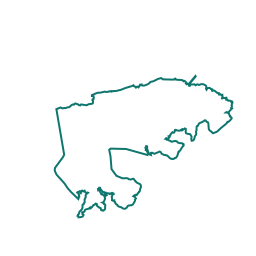 outline of Fanif, Federated States of Micronesia, rotated 49°
{"feature_id": "79324940B88858920972167", "entity_name": "Fanif", "entity_type": "district", "adm_level": 2, "iso_a3": "FSM", "parent_name": "Federated States of Micronesia", "parent_adm1": "", "projection": "robinson", "projection_center": [138.125, 9.563], "detail": "fine", "context": "isolated", "style": "outline", "palette": "teal", "viewbox_px": 256, "rotation_deg": 49, "n_neighbors": 0, "source": "geoboundaries", "source_scale": "gbopen_adm2", "svg_char_len": 5927}
<svg xmlns="http://www.w3.org/2000/svg" viewBox="0 0 256 256"><g transform="rotate(49 128 128)"><path d="M161.0,131.1L160.7,130.9L160.8,130.1L160.6,129.4L157.1,128.8L156.4,129.1L156.1,128.4L155.2,128.3L154.1,127.5L154.2,126.8L153.6,126.1L154.0,125.7L154.7,125.8L156.4,127.3L160.5,128.9L161.7,129.1L163.1,128.6L163.4,128.4L162.0,127.7L161.8,127.1L162.4,126.6L162.4,126.1L164.8,125.0L166.6,119.5L167.8,119.1L169.5,119.5L170.4,119.1L171.9,118.5L172.7,117.9L172.8,117.5L174.0,117.0L174.6,116.4L178.0,116.2L179.0,115.9L180.0,115.3L180.9,114.4L181.3,113.6L181.3,112.5L181.8,112.0L181.9,110.9L181.3,108.9L179.6,106.3L179.6,105.7L179.1,105.5L179.2,103.4L178.1,100.0L177.7,97.4L177.3,97.1L176.6,97.3L176.3,96.7L175.0,97.2L172.9,99.3L171.6,99.9L170.2,99.9L169.5,100.3L168.7,100.9L167.3,103.6L166.7,104.3L166.2,104.2L164.4,105.2L163.4,105.4L162.2,106.5L161.5,106.2L160.8,106.8L160.7,105.9L161.9,105.3L162.4,103.5L162.1,102.7L160.9,102.7L161.5,101.1L160.8,100.4L160.3,97.3L161.2,97.0L161.7,96.2L161.1,94.6L160.4,94.3L160.4,93.5L161.3,92.8L162.1,92.6L163.8,90.9L164.8,89.1L164.2,88.9L164.5,87.9L165.3,88.3L165.6,85.4L166.7,85.0L169.0,87.2L169.8,87.6L171.2,87.1L173.2,85.3L173.8,85.2L175.9,85.6L176.7,86.1L177.9,87.6L179.4,88.3L180.1,87.1L180.0,85.9L179.4,84.6L178.1,83.1L177.9,81.6L177.4,80.8L176.7,79.9L175.4,79.2L174.8,77.9L172.1,75.4L171.8,74.5L172.2,73.8L171.2,71.6L171.5,69.8L172.0,68.9L172.6,65.7L172.5,65.1L173.3,64.4L174.8,64.6L176.1,64.0L177.0,64.2L181.8,67.7L183.1,68.0L185.9,67.4L187.0,67.5L187.8,67.2L189.2,63.1L189.0,58.1L189.2,51.7L189.0,49.7L188.6,49.0L189.2,48.4L189.2,45.8L188.8,43.5L187.9,43.0L186.3,43.5L185.9,42.9L184.8,43.0L183.6,42.4L181.6,42.8L180.5,44.0L180.5,43.5L180.8,43.1L182.5,41.9L182.0,41.5L181.6,38.4L181.6,36.7L180.5,36.9L180.5,36.3L180.1,35.6L179.6,35.2L178.8,35.0L178.0,33.5L177.0,33.2L177.5,32.8L177.3,32.4L176.3,32.0L174.2,33.2L173.1,34.5L172.5,34.3L171.0,35.3L170.2,34.0L169.4,34.1L169.0,35.3L167.7,36.5L167.3,38.4L166.8,36.3L164.9,35.1L164.6,36.0L163.2,36.0L162.7,36.7L162.6,37.3L161.8,37.2L161.2,36.6L160.1,37.6L156.8,38.2L155.7,38.8L155.4,39.9L155.0,40.1L154.0,39.1L152.9,39.9L151.4,40.0L150.1,41.7L150.6,43.6L149.4,43.3L148.7,42.2L147.5,41.4L145.8,41.8L144.2,42.6L142.8,44.2L142.1,46.2L140.9,46.7L140.5,47.1L140.1,49.0L138.7,49.1L137.0,51.4L135.9,52.3L136.7,53.8L136.0,54.2L135.1,53.2L133.5,43.1L133.0,43.0L134.6,53.0L133.9,54.3L133.6,53.9L133.3,54.0L133.0,55.0L132.3,55.2L131.4,54.2L130.0,54.3L129.0,54.8L129.0,55.3L128.6,55.2L128.2,55.6L127.2,55.8L123.6,59.5L122.6,60.3L122.1,59.9L121.6,60.0L121.5,61.6L121.2,62.1L114.1,69.8L112.1,70.2L110.7,73.0L109.4,78.1L108.1,80.6L107.9,81.5L108.2,82.1L107.9,84.5L106.8,87.6L105.4,89.3L104.6,89.6L104.1,89.2L103.3,90.4L103.9,90.8L103.6,91.4L104.3,93.4L104.0,93.5L103.6,93.2L103.1,93.5L102.6,94.5L102.7,95.5L101.3,95.5L100.1,96.2L99.3,95.9L98.8,97.8L96.1,103.8L94.6,108.1L92.1,113.0L90.7,114.5L89.7,116.5L89.3,116.3L88.9,117.2L88.2,117.8L87.5,119.5L86.4,120.9L85.3,121.7L83.5,125.2L81.3,128.1L79.5,133.7L80.2,134.3L81.3,133.2L82.6,133.8L83.6,135.2L83.2,135.6L83.2,136.1L83.7,136.6L84.7,136.7L86.3,138.4L86.2,139.0L84.1,142.3L84.0,143.5L83.3,144.7L79.8,147.6L79.3,148.3L79.6,149.2L78.5,150.1L77.5,150.2L75.4,151.3L74.7,152.2L75.0,153.3L74.1,154.1L73.7,155.3L73.7,158.7L72.7,160.2L72.0,162.1L70.9,163.3L70.2,164.6L68.3,165.4L67.4,167.7L67.4,168.4L66.8,169.7L106.3,193.7L107.3,196.2L110.2,209.2L111.4,210.7L112.7,211.5L116.3,212.5L128.1,212.3L133.7,213.0L138.7,213.0L149.0,212.1L148.1,210.6L148.0,210.0L147.1,209.9L147.0,209.3L146.4,208.8L144.7,208.5L144.3,208.1L143.4,208.6L143.3,208.2L143.9,207.1L144.0,205.9L144.3,205.7L144.7,206.1L145.3,205.9L146.2,206.6L146.3,206.5L145.0,205.0L144.9,204.2L145.0,204.0L145.4,204.4L146.1,203.4L146.5,203.4L146.8,201.9L148.4,202.4L148.7,202.3L148.9,201.4L149.0,202.0L150.0,202.0L150.3,200.7L150.7,200.6L150.5,202.5L150.7,203.6L151.5,204.7L152.2,205.0L153.2,206.7L153.4,207.6L155.7,209.5L155.9,210.7L156.5,211.6L156.1,212.1L156.2,212.8L158.3,214.6L158.7,215.4L159.2,216.6L159.3,219.4L160.6,221.4L160.6,222.5L161.2,223.7L161.8,223.3L162.9,224.0L164.3,222.1L165.0,220.4L164.7,219.0L164.3,218.5L162.9,218.8L162.4,218.0L161.8,218.1L161.6,217.7L162.3,217.3L162.4,216.4L162.4,215.4L161.7,214.5L161.7,213.8L162.1,212.6L163.1,210.6L163.1,209.4L163.5,209.8L163.9,209.6L164.1,208.7L164.0,207.0L163.5,204.5L164.0,203.7L163.8,202.1L164.9,201.4L166.3,202.4L167.6,202.3L168.2,201.9L168.9,202.1L170.6,201.2L172.2,202.1L172.7,202.0L173.0,201.4L174.1,201.0L174.3,199.7L174.0,198.3L171.9,196.5L171.3,195.7L170.3,195.5L169.5,196.0L168.9,195.6L167.5,196.2L167.9,195.2L167.5,194.0L166.3,191.6L164.7,190.9L164.6,190.1L163.6,189.9L163.3,190.4L162.4,190.5L161.1,191.3L161.1,190.7L159.4,191.2L157.7,190.9L157.0,190.6L155.9,190.9L155.4,190.8L155.3,191.3L154.3,190.6L154.9,189.2L154.9,188.8L154.5,188.7L154.8,188.4L155.1,188.8L159.9,188.9L160.8,188.0L161.8,188.2L162.3,187.7L162.4,187.0L163.3,186.8L163.3,188.9L164.5,189.1L164.7,188.2L163.7,188.1L163.7,186.6L164.8,185.2L165.6,185.3L166.1,185.0L166.1,184.0L167.1,183.6L167.0,183.1L166.5,182.7L166.7,182.4L167.1,182.4L167.6,183.3L168.1,183.3L168.2,182.0L168.5,182.1L168.1,183.7L168.9,184.5L169.2,185.4L170.5,186.1L172.1,187.5L172.9,187.1L173.6,185.8L174.7,186.6L175.5,186.3L176.2,186.8L177.1,187.0L179.2,186.5L179.9,186.9L181.8,186.2L183.6,185.0L185.3,184.7L186.9,183.4L187.3,182.0L187.1,180.4L186.7,179.7L186.8,178.5L187.3,178.1L187.8,176.9L188.5,176.2L188.9,174.6L187.9,171.3L187.4,170.3L186.7,169.8L186.4,168.3L184.6,168.1L183.0,168.7L183.0,167.2L183.5,166.9L184.1,165.9L183.8,165.6L184.3,165.2L184.2,164.3L183.7,163.7L183.7,162.1L183.4,161.7L183.6,161.4L183.3,160.4L182.4,159.4L181.5,158.1L181.3,157.2L179.6,155.9L178.2,155.8L174.9,157.2L173.0,157.2L172.9,157.4L170.4,157.1L169.7,157.3L168.6,159.8L167.2,161.0L166.2,161.1L165.2,161.7L162.3,165.2L156.5,168.1L148.2,167.4L137.8,159.7L132.1,156.5L132.1,156.2L132.2,154.6L142.6,143.2L161.0,131.1Z" fill="none" stroke="#0f766e" stroke-width="2"/></g></svg>